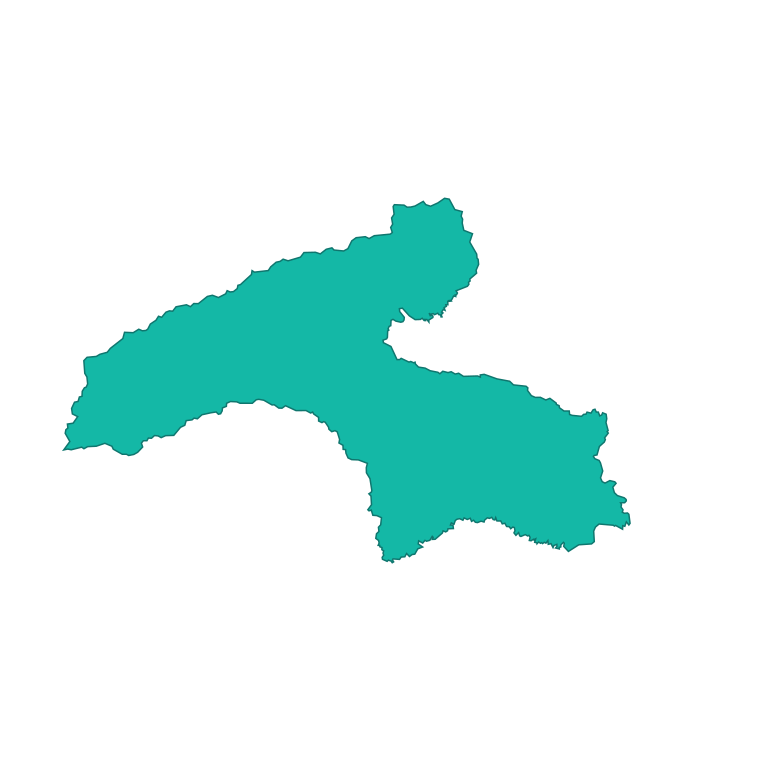 Wang Chin, Phrae, Thailand (Mercator projection), rotated 25°
{"feature_id": "78962969B75821341388789", "entity_name": "Wang Chin", "entity_type": "district", "adm_level": 2, "iso_a3": "THA", "parent_name": "Thailand", "parent_adm1": "Phrae", "projection": "mercator", "projection_center": [99.714, 17.875], "detail": "fine", "context": "isolated", "style": "filled", "palette": "teal", "viewbox_px": 768, "rotation_deg": 25, "n_neighbors": 0, "source": "geoboundaries", "source_scale": "gbopen_adm2", "svg_char_len": 6170}
<svg xmlns="http://www.w3.org/2000/svg" viewBox="0 0 768 768"><g transform="rotate(25 384 384)"><path d="M606.8,331.5L601.4,325.0L600.6,321.4L598.1,317.5L594.3,317.7L594.4,320.1L593.0,321.7L590.1,318.9L588.2,319.7L585.9,317.7L584.4,319.0L583.9,322.9L579.9,323.7L579.8,326.0L577.8,327.1L576.7,329.8L567.8,332.9L565.1,333.2L563.3,330.2L558.5,332.4L553.1,331.4L551.8,329.6L548.9,329.7L548.1,328.5L540.4,326.9L537.4,330.1L531.3,330.0L526.8,332.2L522.5,332.3L516.8,329.2L516.0,326.7L513.7,326.0L501.7,330.1L496.7,328.4L484.3,331.6L470.7,332.9L467.4,335.1L468.4,337.0L465.4,337.2L452.8,343.5L447.1,342.7L444.3,344.9L439.7,344.5L437.2,346.6L431.9,347.6L430.3,351.1L427.9,350.6L420.1,352.5L414.6,352.2L408.1,354.1L404.1,352.6L402.9,351.1L402.1,352.2L398.7,352.3L397.4,353.6L388.7,353.5L387.9,355.2L385.5,356.4L374.5,347.1L366.0,346.8L364.6,344.7L367.3,342.0L367.4,340.3L364.9,334.4L365.6,333.1L364.4,332.4L364.3,329.6L365.5,328.3L363.5,323.4L364.8,321.6L368.2,322.0L373.1,320.9L374.8,319.5L375.1,317.5L374.2,315.0L367.6,311.7L366.1,309.2L368.6,307.5L378.1,311.5L385.0,312.5L389.7,310.1L390.8,308.3L393.6,309.5L394.6,309.1L393.2,307.9L394.8,308.3L395.5,307.4L398.5,308.9L397.6,307.1L400.2,303.1L399.7,301.8L398.4,301.4L397.1,302.6L394.9,300.7L396.3,301.3L398.9,299.4L400.5,299.8L402.8,297.1L404.4,298.0L406.1,297.5L407.4,299.1L408.2,298.6L406.5,297.1L407.4,294.7L405.8,294.5L406.3,291.3L408.1,291.4L406.2,289.3L407.7,287.3L406.6,286.1L408.4,285.2L406.9,282.3L409.4,280.7L408.2,280.6L409.7,279.7L409.9,274.9L412.0,274.4L410.9,273.1L412.0,272.6L412.1,270.5L409.9,269.1L418.3,260.2L418.8,257.8L417.6,256.1L418.5,254.3L417.4,252.6L421.1,244.4L419.4,242.0L419.2,235.6L416.6,231.2L415.1,230.6L413.1,227.1L401.7,219.1L400.7,210.4L391.4,211.0L386.9,205.1L385.6,201.4L383.0,199.3L382.1,194.7L374.5,196.0L365.0,188.9L360.4,190.1L356.3,197.1L351.1,203.2L346.1,203.8L342.4,201.9L336.9,209.6L333.5,212.3L330.2,214.0L326.6,213.4L317.6,217.1L317.3,219.3L321.4,225.9L320.7,230.3L324.3,235.5L323.9,239.3L327.5,243.2L326.4,245.5L312.5,253.7L309.0,258.5L304.8,258.4L296.9,263.2L294.3,267.9L294.1,276.6L291.2,280.5L282.1,283.7L279.3,282.6L274.7,286.3L271.3,293.0L266.2,293.6L255.9,298.7L254.7,304.3L245.0,312.9L239.8,313.5L238.1,316.7L234.8,319.2L231.8,325.7L231.2,330.1L219.3,337.4L216.5,337.0L217.6,340.8L211.9,354.6L209.9,356.3L210.7,359.5L208.5,363.9L205.7,365.6L202.4,365.7L202.4,369.2L197.4,375.6L191.0,376.1L186.9,379.3L181.8,389.6L177.6,391.5L175.9,395.7L171.5,395.7L162.9,401.9L161.7,407.3L158.6,408.4L156.0,411.1L154.3,417.5L151.0,417.9L150.4,422.6L146.9,428.4L146.7,434.1L145.6,436.1L142.5,437.9L138.6,438.0L135.0,443.5L127.0,446.8L128.1,453.2L120.9,467.4L119.8,472.2L114.0,477.1L111.6,480.6L103.6,485.3L102.1,489.7L108.3,500.8L111.8,503.2L115.4,509.2L115.4,512.7L114.1,514.0L113.6,518.1L115.5,522.8L113.4,524.5L114.1,529.1L111.2,531.3L111.2,538.2L114.2,542.8L120.2,543.0L118.8,550.9L114.0,554.1L116.1,557.5L115.0,559.9L115.9,563.4L123.6,568.9L121.6,579.1L124.9,576.6L128.3,575.8L136.7,569.0L139.4,569.5L141.9,566.0L149.5,562.0L156.1,555.7L163.7,555.4L166.2,557.5L176.5,558.3L180.3,556.5L182.8,556.7L187.0,553.6L189.6,550.0L191.9,543.1L189.1,540.1L189.9,537.1L193.1,535.6L193.3,532.6L196.2,531.4L197.8,527.7L201.3,526.5L204.7,526.8L207.9,523.1L215.2,519.4L217.9,509.2L220.9,505.6L220.2,500.8L225.2,497.6L226.3,495.2L229.6,494.4L232.0,488.8L239.2,483.3L243.7,480.3L246.7,481.4L248.5,480.0L248.7,476.8L247.7,473.9L250.6,470.9L249.5,468.0L252.2,464.8L258.1,462.4L261.6,462.3L272.8,457.1L274.9,452.2L277.0,450.8L281.9,449.5L291.4,450.3L293.3,449.2L298.8,450.3L301.8,449.0L303.9,445.3L315.5,445.3L324.5,441.0L329.8,441.3L331.2,439.6L333.0,440.9L338.8,441.9L340.4,445.2L344.1,445.2L345.2,443.6L346.9,443.5L351.9,446.5L353.2,448.3L356.8,449.3L359.3,447.0L361.8,447.1L367.2,453.0L368.1,456.5L372.7,456.9L374.6,460.5L376.9,459.7L378.8,462.8L382.7,466.2L386.7,466.2L392.9,463.6L402.5,462.9L403.3,467.3L405.6,471.9L411.3,475.7L418.0,485.7L418.2,487.4L416.7,489.9L419.6,491.1L423.7,498.7L422.5,504.8L424.0,505.3L425.8,503.7L429.4,507.7L433.1,506.3L438.2,506.2L440.5,513.0L439.5,516.2L441.7,519.8L440.5,522.9L441.8,527.4L445.2,528.1L446.8,530.2L446.9,532.7L448.3,532.1L449.1,533.3L451.3,533.1L452.1,535.1L454.2,535.3L454.6,537.7L456.1,539.3L455.6,541.9L456.7,543.5L461.8,543.4L462.4,541.8L465.2,541.5L467.0,542.5L467.9,541.1L466.1,540.0L466.1,538.7L472.2,536.4L472.7,533.6L475.9,531.8L476.1,528.1L480.0,529.6L481.5,526.7L483.8,525.2L484.3,519.1L487.9,515.4L482.6,514.5L481.7,511.5L486.3,511.8L487.2,508.4L489.0,508.5L491.6,506.3L492.1,501.7L493.4,502.2L493.5,504.4L496.0,503.1L499.9,494.4L499.6,492.1L502.4,492.0L503.6,490.2L503.2,488.2L508.0,485.7L506.2,482.8L503.8,483.7L503.7,481.4L506.7,481.4L506.3,477.6L507.3,475.7L509.5,474.1L513.1,474.1L513.2,471.5L516.7,471.6L518.9,469.2L521.4,471.5L522.8,469.6L525.2,470.7L527.3,470.1L529.9,467.3L533.0,466.8L532.7,464.8L534.2,461.6L536.4,461.2L538.0,459.3L540.2,460.7L541.9,460.4L541.7,457.9L544.2,460.4L547.7,458.8L550.3,460.8L552.4,459.1L555.3,461.3L557.9,460.4L560.0,461.6L561.2,459.2L562.8,459.0L564.7,461.6L564.7,464.0L567.5,465.4L568.8,461.8L571.2,464.3L572.5,464.3L575.7,460.8L578.4,461.0L579.4,459.9L581.2,461.2L581.8,464.4L583.6,463.9L585.0,461.6L586.4,462.3L585.9,461.3L586.9,460.1L587.5,463.8L589.7,463.3L590.2,464.1L590.9,461.9L593.2,462.2L593.9,461.2L595.2,461.6L596.1,459.8L598.0,459.8L598.7,456.7L600.6,459.9L602.8,458.1L606.3,460.8L606.2,458.6L608.4,456.3L609.4,458.1L608.8,460.1L612.6,459.4L611.9,458.0L613.1,457.0L612.3,455.0L613.5,451.7L614.7,452.1L615.5,455.2L621.9,457.8L628.5,447.4L639.7,441.2L641.2,438.0L636.2,428.7L636.1,424.3L638.1,420.0L651.5,415.1L652.9,415.4L653.7,414.3L661.6,414.8L660.3,411.5L662.4,411.2L661.9,406.5L665.5,408.3L665.9,406.3L661.0,398.6L659.2,398.0L656.4,399.6L654.2,399.5L653.8,397.0L650.8,395.3L650.2,392.9L648.6,391.7L652.3,389.9L653.0,387.5L652.2,386.3L649.8,385.6L642.7,386.5L638.7,385.1L635.0,380.8L636.3,375.9L634.5,375.1L629.5,376.1L626.2,380.4L623.0,380.3L619.9,377.6L619.0,370.4L613.5,364.0L611.3,362.4L606.7,362.6L604.5,361.3L604.6,360.0L607.0,358.3L605.6,349.6L608.2,343.5L608.1,340.8L606.7,339.6L608.0,333.7L606.3,332.9L606.8,331.5Z" fill="#14b8a6" stroke="#0f766e" stroke-width="1.5"/></g></svg>